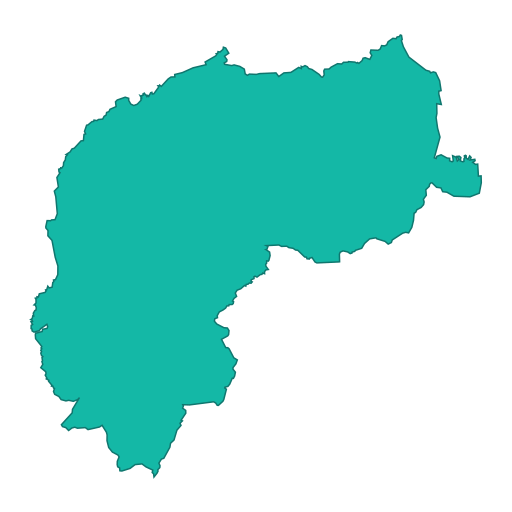 Way Kanan, Lampung, Indonesia (orthographic projection)
{"feature_id": "22746128B8708218473228", "entity_name": "Way Kanan", "entity_type": "district", "adm_level": 2, "iso_a3": "IDN", "parent_name": "Indonesia", "parent_adm1": "Lampung", "projection": "orthographic", "projection_center": [104.536, -4.573], "detail": "fine", "context": "isolated", "style": "filled", "palette": "teal", "viewbox_px": 512, "rotation_deg": 0, "n_neighbors": 0, "source": "geoboundaries", "source_scale": "gbopen_adm2", "svg_char_len": 5875}
<svg xmlns="http://www.w3.org/2000/svg" viewBox="0 0 512 512"><path d="M154.0,477.0L157.0,473.2L158.0,471.2L157.8,469.7L159.8,467.6L160.0,465.7L158.9,463.1L161.4,459.1L163.8,458.3L169.9,447.2L170.5,443.3L174.0,440.0L176.9,430.2L181.0,425.4L180.0,423.2L182.4,420.9L181.1,420.2L185.8,413.2L185.7,410.4L182.6,408.2L183.4,405.9L182.8,404.7L189.5,404.9L213.6,401.8L215.7,403.0L217.2,405.3L218.4,405.4L222.9,401.3L223.8,399.5L226.4,389.2L224.7,388.0L224.9,387.2L227.9,386.4L229.7,384.2L232.3,378.2L233.4,378.4L234.6,376.1L235.4,372.2L233.0,369.2L233.0,367.6L235.9,363.9L237.3,359.9L233.8,357.8L229.1,348.8L227.8,347.7L225.7,347.6L221.5,339.3L227.7,335.9L228.6,334.6L229.0,330.6L227.4,328.0L223.9,327.7L216.9,324.1L214.4,321.2L214.8,318.7L217.5,317.7L217.2,315.7L219.3,311.9L223.0,310.0L225.6,308.1L226.9,305.9L228.8,305.8L229.1,304.6L232.1,304.5L233.2,303.6L233.6,301.7L232.5,301.1L234.0,298.4L236.6,296.4L235.3,293.0L237.1,290.2L240.7,288.8L244.5,285.5L245.8,286.1L246.2,284.4L248.0,284.2L249.3,283.0L251.1,283.2L252.2,281.9L251.0,281.2L251.3,279.7L254.0,278.6L254.0,276.7L255.0,276.2L257.0,277.1L260.3,274.6L261.9,274.4L262.6,273.1L264.6,273.7L264.5,271.7L265.9,269.9L268.3,269.5L265.9,266.2L265.7,264.2L266.6,263.3L266.6,260.9L268.3,261.1L268.9,260.3L270.1,255.6L269.6,252.1L266.0,249.6L266.8,249.5L268.0,246.4L266.4,245.6L278.9,245.0L281.5,246.4L286.8,246.2L288.8,247.6L293.1,248.3L295.5,250.0L297.8,250.3L304.7,257.0L306.5,257.2L307.0,258.8L309.3,259.0L309.4,258.3L312.0,257.5L315.0,262.0L316.9,262.9L338.9,261.9L339.6,261.8L339.4,254.1L340.2,252.2L343.0,250.9L347.6,251.9L350.2,253.6L352.0,253.0L352.1,252.1L354.7,251.4L355.5,250.3L361.7,248.3L364.5,243.5L369.6,238.9L375.9,237.8L376.8,238.8L385.1,241.4L388.2,244.1L391.4,242.5L392.2,240.0L402.6,233.2L405.7,232.3L408.6,232.9L411.8,227.4L413.5,220.4L414.1,213.2L415.6,212.4L416.9,209.7L421.2,207.4L423.6,204.6L424.1,202.0L423.4,199.2L426.3,195.3L425.8,189.7L429.2,186.4L429.6,184.2L431.1,182.8L432.1,182.9L436.6,187.3L440.9,187.9L442.7,191.7L446.9,192.2L453.9,196.2L470.0,196.8L479.3,193.2L481.3,182.7L481.1,175.9L478.4,176.1L477.7,164.1L475.5,164.4L472.7,162.3L475.1,160.7L474.8,159.3L470.1,160.0L471.1,157.4L469.7,155.9L468.0,159.4L466.2,158.0L466.2,155.8L465.4,155.3L464.3,155.9L464.8,157.7L464.0,158.7L463.9,161.4L462.8,161.8L460.3,160.9L460.9,157.5L459.3,156.2L457.0,156.4L459.0,159.4L457.3,161.0L456.1,157.2L452.6,155.7L453.3,160.9L452.1,161.8L449.6,160.8L449.7,158.3L447.0,158.0L441.1,154.8L436.9,156.3L436.1,158.5L434.3,157.8L440.0,137.1L437.6,128.2L436.1,117.6L436.9,113.4L436.7,103.7L441.3,104.5L438.8,94.0L438.8,91.2L441.1,90.6L439.6,80.8L435.7,72.6L433.4,71.9L430.5,72.8L429.7,71.3L425.9,70.2L408.9,57.1L403.4,46.8L401.4,40.6L402.2,39.5L401.5,35.4L400.3,35.0L399.4,36.5L397.0,37.0L396.1,38.7L392.9,38.3L388.1,41.7L386.7,44.9L384.5,45.9L381.6,45.6L380.2,49.0L378.1,50.3L370.9,50.0L370.2,52.8L371.8,55.4L369.8,59.4L365.2,57.7L363.1,58.2L362.1,60.6L358.9,63.4L357.6,62.5L356.9,63.1L354.9,62.1L348.4,61.6L348.1,62.2L343.5,62.3L341.7,64.0L337.5,63.7L331.0,67.2L329.1,69.0L324.6,69.2L323.8,71.0L324.2,74.9L322.6,77.2L321.4,77.0L319.1,74.4L312.0,69.5L308.7,68.5L307.3,66.7L305.0,65.6L302.7,66.9L301.2,66.3L301.3,68.5L298.7,67.4L290.9,72.4L283.9,72.9L278.8,76.5L276.0,72.9L259.6,73.6L256.4,74.4L249.4,74.1L247.4,75.3L245.2,73.9L244.3,69.1L239.8,66.4L234.1,64.9L231.7,65.6L224.6,64.3L224.2,62.9L226.7,61.5L227.0,59.8L224.5,56.2L228.8,53.2L225.7,48.0L223.4,47.2L223.0,49.4L220.0,52.0L218.0,51.6L217.7,53.4L216.2,53.7L216.7,54.6L215.7,55.9L205.1,62.0L206.1,64.7L193.1,67.8L182.4,72.6L174.7,74.5L174.9,76.9L171.0,77.0L168.2,78.9L161.3,86.4L159.6,85.1L159.3,85.8L158.0,85.8L158.7,86.8L158.2,87.8L153.8,93.8L152.3,94.0L151.9,92.3L150.7,92.7L148.7,96.5L148.0,95.8L146.9,96.7L146.4,95.8L147.2,95.3L145.5,94.9L144.0,92.6L144.2,93.4L143.0,94.0L143.4,95.0L141.7,95.6L141.7,96.5L140.2,95.7L141.6,98.6L140.9,98.8L141.0,100.3L137.3,104.2L133.8,105.5L130.8,104.1L128.7,100.4L128.7,98.3L125.2,97.2L117.2,100.0L115.5,101.8L116.1,106.6L110.0,109.3L108.9,111.6L106.6,112.5L106.1,115.1L104.1,116.3L102.7,119.1L98.4,119.5L97.0,120.6L94.0,120.1L93.7,121.4L92.0,121.6L87.8,125.0L86.6,125.2L84.5,131.4L85.6,133.9L84.0,134.4L83.4,140.6L81.0,140.9L74.3,148.2L72.0,148.9L70.1,151.9L66.1,154.5L67.3,154.9L65.7,156.7L65.3,159.9L63.6,162.6L63.4,165.7L61.8,168.0L60.7,167.8L60.6,168.6L58.7,169.2L59.0,172.0L60.0,172.7L56.9,177.5L58.4,187.0L54.3,191.1L55.8,196.8L57.3,213.7L55.0,219.7L51.6,219.9L50.6,220.7L47.1,220.6L45.8,226.6L45.9,228.0L48.0,230.5L47.9,235.8L52.0,240.4L55.2,257.2L57.9,266.0L57.8,274.6L55.5,279.6L53.5,280.0L53.8,281.6L52.8,282.5L52.1,287.2L49.1,287.9L47.8,286.2L46.7,289.7L45.6,289.9L46.0,291.0L45.1,292.4L39.3,293.8L38.4,296.9L37.0,296.7L37.1,297.8L35.3,298.2L36.0,299.4L36.0,303.0L34.1,304.9L35.4,305.1L36.3,307.7L35.9,310.1L34.8,310.6L33.3,313.2L33.7,316.0L32.8,315.8L32.2,318.5L30.7,319.6L32.0,320.1L32.5,321.4L31.0,321.7L32.6,324.5L31.2,325.3L31.1,328.6L32.0,329.1L32.1,330.9L34.0,332.1L39.3,330.6L40.5,328.8L46.9,324.3L47.7,326.6L47.1,328.4L42.6,329.3L42.2,331.5L35.6,333.3L35.3,334.9L35.6,338.7L41.8,346.5L41.0,348.0L41.8,348.8L40.8,350.3L41.6,351.6L40.8,353.1L41.5,355.4L42.8,356.7L42.0,357.5L42.5,360.8L41.9,361.6L42.8,364.3L40.8,367.7L45.8,371.8L46.0,373.9L45.2,375.1L47.0,378.3L46.3,378.9L48.9,380.3L48.6,381.3L51.8,385.1L51.5,386.1L52.8,386.1L53.6,388.1L54.5,388.4L53.5,391.5L54.7,394.3L58.9,396.5L61.1,399.6L65.9,400.9L68.8,400.3L73.4,401.3L77.6,399.6L79.5,397.6L72.5,409.3L72.2,412.8L61.4,424.7L62.5,426.6L65.8,427.6L68.6,430.5L71.9,428.0L74.8,427.2L77.4,428.2L85.3,427.6L88.0,429.6L99.5,427.0L102.1,425.3L106.4,432.2L107.1,434.9L107.0,440.7L108.7,447.5L112.4,452.1L117.9,455.0L119.1,456.9L117.3,461.3L117.2,464.6L117.7,466.8L119.6,467.9L119.9,470.8L121.9,471.0L130.1,468.4L135.1,464.6L142.0,463.9L146.0,466.9L152.8,470.1L152.2,472.5L153.6,473.8L154.0,477.0Z" fill="#14b8a6" stroke="#0f766e" stroke-width="1.5"/></svg>